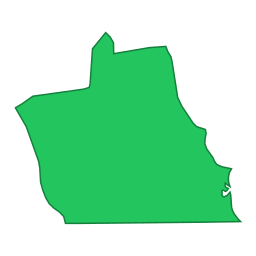 the border of Al Ahmadi
{"feature_id": "KWT-1665", "entity_name": "Al Ahmadi", "entity_type": "Province", "adm_level": 1, "iso_a3": "KWT", "parent_name": "Kuwait", "parent_adm1": "", "projection": "orthographic", "projection_center": [48.089, 28.9], "detail": "fine", "context": "isolated", "style": "filled", "palette": "green", "viewbox_px": 256, "rotation_deg": 0, "n_neighbors": 0, "source": "natural_earth", "source_scale": "10m", "svg_char_len": 960}
<svg xmlns="http://www.w3.org/2000/svg" viewBox="0 0 256 256"><path d="M65.5,223.4L63.7,216.5L59.4,212.0L54.1,208.3L49.3,203.8L45.8,197.8L42.8,190.1L40.6,182.2L39.8,168.1L38.7,161.5L26.3,126.7L15.4,107.8L21.8,104.0L32.9,96.2L83.9,89.1L89.2,87.4L90.1,83.9L92.5,48.8L105.7,32.6L110.1,37.0L113.5,42.7L113.7,53.7L149.5,47.6L163.8,46.6L165.8,46.4L167.8,51.6L170.9,56.7L172.1,62.0L177.7,97.5L181.8,106.2L193.2,123.3L196.6,126.6L205.4,129.5L206.1,133.4L205.1,138.6L204.8,143.8L206.7,148.9L213.0,157.8L214.3,160.9L216.7,164.5L222.1,166.8L231.5,168.8L229.3,172.8L228.4,177.4L228.6,182.2L230.0,186.6L226.5,184.2L225.3,183.1L225.0,185.1L225.3,186.5L226.3,187.5L228.4,188.6L226.7,190.8L225.7,191.4L224.8,191.1L223.8,190.2L222.2,190.2L222.0,195.7L224.1,196.9L227.3,195.3L230.0,192.1L230.7,194.8L231.6,207.3L232.5,210.5L234.3,214.0L237.9,218.8L240.6,221.6L200.0,222.2L159.3,222.6L118.5,223.0L77.8,223.4L65.5,223.4Z" fill="#22c55e" stroke="#15803d" stroke-width="1.5"/></svg>